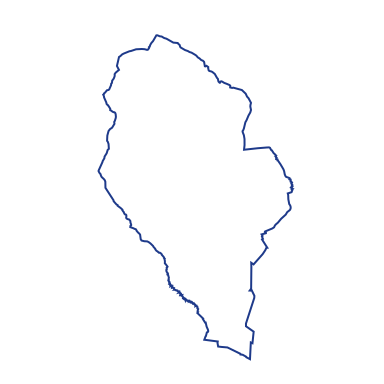 Ciumani, Harghita, Romania (orthographic projection), rotated 115°
{"feature_id": "2599482B61629303727972", "entity_name": "Ciumani", "entity_type": "district", "adm_level": 2, "iso_a3": "ROU", "parent_name": "Romania", "parent_adm1": "Harghita", "projection": "orthographic", "projection_center": [25.481, 46.64], "detail": "fine", "context": "isolated", "style": "outline", "palette": "blue", "viewbox_px": 384, "rotation_deg": 115, "n_neighbors": 0, "source": "geoboundaries", "source_scale": "gbopen_adm2", "svg_char_len": 5997}
<svg xmlns="http://www.w3.org/2000/svg" viewBox="0 0 384 384"><g transform="rotate(115 192 192)"><path d="M112.2,309.8L116.1,311.6L117.9,311.9L119.5,311.1L121.3,310.9L122.5,310.9L124.8,311.4L126.2,310.9L127.2,310.7L127.9,311.0L129.5,310.5L134.0,310.4L134.8,310.8L135.8,312.1L138.7,312.8L139.9,313.4L140.6,313.2L141.3,313.6L142.4,312.3L143.5,311.6L147.0,307.6L148.3,306.6L149.0,304.9L148.9,304.7L150.3,302.5L151.1,301.3L152.4,300.7L152.4,299.6L152.8,298.0L152.8,296.7L152.5,295.9L152.8,295.0L153.7,294.1L155.9,292.8L157.1,292.4L160.1,292.0L161.4,292.1L163.0,291.1L167.5,291.6L169.7,292.9L172.0,293.4L176.6,292.6L181.5,290.6L182.1,289.5L183.8,287.9L188.0,285.6L189.5,286.2L193.0,285.7L196.8,286.2L198.5,285.7L201.8,286.0L202.9,285.8L212.0,285.7L212.7,285.4L214.0,283.6L214.5,282.4L215.6,281.5L216.6,280.2L217.5,277.4L218.2,276.0L219.3,274.9L224.8,272.2L232.7,259.6L233.5,259.1L235.2,255.2L235.3,253.9L235.9,253.6L236.7,249.8L237.4,247.6L237.9,247.5L238.9,245.8L239.0,245.4L240.2,244.2L240.6,243.2L240.4,242.4L240.7,241.8L241.5,241.3L242.9,240.9L243.6,240.3L243.8,239.1L243.5,237.3L244.3,235.7L245.9,234.7L247.2,233.4L247.9,233.1L248.6,233.5L249.9,233.1L249.6,229.4L249.7,228.7L249.5,227.2L250.2,226.1L250.5,225.9L251.1,224.7L251.8,223.0L251.9,222.3L252.6,221.0L256.5,218.5L257.3,217.2L256.8,214.5L255.7,211.7L255.7,210.2L256.2,207.8L257.4,204.4L258.0,203.7L259.0,201.3L259.5,201.0L260.3,199.4L260.5,197.7L260.8,197.2L260.8,196.4L261.0,196.1L260.6,195.5L260.7,194.5L261.3,193.0L261.7,192.8L262.6,190.7L263.2,189.6L263.7,189.5L264.0,188.6L264.3,188.7L266.0,187.4L268.2,186.4L268.5,185.4L270.0,182.6L270.4,182.6L271.3,183.0L272.6,182.2L273.2,182.4L274.0,182.1L274.2,181.8L274.6,181.7L275.0,181.3L275.8,179.7L276.2,179.3L276.9,179.6L277.3,179.3L277.3,178.6L279.5,176.7L281.0,176.4L281.4,175.9L282.1,176.1L282.8,175.3L282.9,175.0L282.8,174.9L283.1,174.3L284.0,174.3L284.3,173.7L284.6,173.7L284.4,173.4L284.8,173.1L284.6,172.9L285.2,172.4L285.3,172.7L285.6,172.5L285.7,172.2L285.5,172.3L285.5,172.0L285.9,172.0L285.8,171.4L286.0,171.4L285.6,171.1L286.2,170.8L286.3,170.5L286.2,170.4L286.4,170.4L286.7,170.1L286.6,169.9L286.6,169.3L286.8,169.3L286.6,169.1L286.9,168.6L286.7,167.8L287.1,167.8L287.6,167.2L287.8,166.4L288.0,166.5L287.7,165.8L287.9,165.1L287.7,164.9L287.4,163.6L287.9,162.8L288.0,163.0L288.1,162.6L287.9,162.5L288.1,161.6L287.6,161.7L287.4,161.4L288.0,160.9L288.5,161.1L288.2,160.7L288.5,160.1L288.6,159.8L289.0,160.0L289.2,159.7L288.8,159.6L289.0,159.2L290.2,159.1L289.9,158.7L290.2,158.6L289.9,158.3L290.1,157.9L289.9,157.9L290.0,157.8L289.7,157.4L290.3,157.4L290.4,156.7L290.6,156.6L291.0,155.7L291.1,155.8L291.4,155.2L291.9,155.2L291.8,154.7L292.3,154.8L292.4,154.3L292.1,154.3L292.1,153.9L291.8,153.6L292.0,153.1L291.6,153.1L291.7,152.7L292.5,153.0L292.7,152.5L292.4,152.4L292.8,152.1L292.5,152.1L292.5,151.8L293.0,151.6L292.5,151.0L292.6,150.3L292.3,150.5L292.5,149.8L292.0,149.4L292.0,148.7L292.3,148.6L291.6,148.2L291.8,147.8L292.2,147.8L292.5,147.4L292.2,147.2L292.1,146.8L292.4,146.5L291.8,146.2L291.9,145.9L291.7,145.7L291.8,145.4L292.3,145.2L292.5,145.4L292.5,145.2L292.3,144.6L292.8,144.1L292.4,143.7L292.8,143.6L292.8,143.4L292.4,142.9L292.4,142.4L293.0,141.9L292.9,141.6L293.1,141.5L293.2,140.8L293.4,140.9L293.7,140.8L293.3,140.6L293.5,140.2L293.2,139.9L293.7,139.5L293.6,138.8L294.1,138.3L294.6,138.2L294.9,137.8L295.3,137.8L295.5,136.9L297.7,136.6L298.3,136.2L298.3,135.8L299.4,136.0L302.0,128.4L302.5,128.5L304.9,124.8L304.6,124.4L307.9,121.8L309.9,119.5L311.2,118.5L312.2,118.5L313.0,119.2L316.7,118.5L317.1,118.7L320.7,118.4L316.6,105.5L318.0,105.1L321.0,103.0L320.0,99.9L317.9,94.2L318.2,79.8L318.8,79.4L318.1,77.3L318.4,73.3L318.8,73.0L319.0,68.8L303.5,75.1L303.5,73.3L292.5,77.1L290.9,86.3L288.4,87.5L261.7,90.8L259.7,91.6L255.7,96.5L256.6,97.2L256.9,98.0L255.6,97.7L254.3,97.7L234.9,106.5L231.1,108.4L231.6,105.6L218.4,101.7L213.8,101.0L211.2,101.0L210.7,100.2L205.4,108.5L204.5,107.9L202.8,109.8L202.0,109.5L201.0,111.0L198.1,107.6L197.8,107.7L197.3,109.1L196.9,109.1L191.1,103.8L189.3,102.7L187.3,102.7L185.9,102.3L183.5,101.2L178.6,99.9L172.9,97.5L170.0,97.2L167.0,95.7L166.2,95.6L164.8,95.8L163.7,96.4L162.7,97.3L161.8,98.8L157.9,101.6L154.0,103.6L152.8,104.6L150.1,101.7L147.5,101.9L147.6,102.8L147.0,103.1L146.6,102.7L146.6,103.3L145.9,103.6L146.0,104.2L145.1,104.0L144.9,103.6L144.3,104.0L144.3,103.6L144.1,103.4L143.8,103.7L143.8,104.0L142.9,104.2L142.2,105.6L141.1,105.4L140.9,106.0L141.2,106.2L140.9,106.7L140.9,107.1L139.8,107.4L139.4,108.3L139.0,108.2L139.0,108.4L139.4,108.8L139.4,109.1L138.3,109.3L138.2,110.0L138.5,113.1L138.0,114.1L136.8,115.4L134.2,117.3L132.8,118.7L129.5,123.5L127.0,127.7L127.1,127.9L126.4,128.2L126.6,129.3L126.3,129.4L126.4,129.6L125.9,129.7L125.6,130.2L125.2,130.0L125.1,130.4L124.2,131.0L123.8,131.0L123.9,131.4L123.6,131.3L123.0,132.0L122.3,134.4L120.5,137.2L120.6,137.6L120.3,138.3L119.0,140.0L119.0,141.0L120.1,143.1L124.6,151.0L131.7,162.7L127.3,164.2L121.8,166.8L118.6,169.0L116.5,171.2L115.5,171.9L114.6,171.7L112.6,171.8L106.2,173.1L104.1,172.9L98.8,173.1L95.3,172.8L92.7,173.2L90.0,175.2L88.5,175.8L86.3,176.2L83.1,180.4L82.3,182.4L80.2,184.9L78.5,189.9L80.0,198.7L80.7,199.6L81.1,201.6L79.6,202.2L79.2,203.1L79.3,206.5L79.5,208.8L79.2,211.5L79.3,212.2L79.8,212.8L81.1,212.8L81.3,213.2L80.7,214.7L78.5,216.4L78.0,217.6L75.4,221.2L74.6,224.3L74.6,225.5L75.0,227.4L74.7,228.3L72.9,229.7L71.9,230.1L71.5,232.2L72.5,232.9L72.6,233.5L69.0,236.0L68.7,236.7L68.4,237.7L68.5,239.4L67.7,241.8L67.7,242.4L67.5,243.7L66.7,245.4L66.4,246.5L65.9,251.3L66.2,253.4L66.0,255.3L66.3,258.3L65.8,263.4L65.3,264.2L64.0,265.3L63.3,267.6L63.0,267.9L64.5,272.1L63.9,279.3L63.9,280.4L64.1,281.4L64.2,282.6L63.9,285.2L64.5,287.0L64.6,289.5L65.1,290.5L71.8,291.1L74.1,291.8L76.5,292.0L77.6,291.8L78.5,292.1L78.5,291.9L78.9,291.8L80.3,291.8L81.8,292.2L82.2,292.9L82.6,295.3L83.6,297.9L86.3,303.0L90.0,306.9L90.9,308.2L95.2,312.2L96.7,313.4L99.2,314.4L100.5,315.2L109.5,313.3L112.2,309.8Z" fill="none" stroke="#1e3a8a" stroke-width="2"/></g></svg>